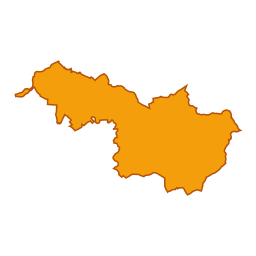 Sintereag, Bistrita-Nasaud, Romania
{"feature_id": "2599482B46871685550444", "entity_name": "Sintereag", "entity_type": "district", "adm_level": 2, "iso_a3": "ROU", "parent_name": "Romania", "parent_adm1": "Bistrita-Nasaud", "projection": "albers", "projection_center": [24.321, 47.167], "detail": "fine", "context": "isolated", "style": "filled", "palette": "amber", "viewbox_px": 256, "rotation_deg": 0, "n_neighbors": 0, "source": "geoboundaries", "source_scale": "gbopen_adm2", "svg_char_len": 5809}
<svg xmlns="http://www.w3.org/2000/svg" viewBox="0 0 256 256"><path d="M145.7,175.3L149.5,174.9L152.4,173.4L152.9,172.8L155.8,172.8L156.9,173.2L157.6,173.6L158.5,174.4L159.5,174.8L164.7,178.1L164.8,186.4L165.2,187.2L165.8,189.0L167.7,192.2L168.4,191.5L169.0,191.2L169.8,191.2L170.4,191.0L171.0,190.7L171.9,189.9L173.8,189.5L175.3,189.5L175.7,188.8L176.4,188.6L176.6,188.3L176.7,187.9L177.2,187.8L177.4,188.2L178.2,188.1L178.3,188.2L178.3,188.4L178.6,188.1L179.9,187.9L181.5,187.9L182.3,187.7L183.3,188.0L184.3,189.5L184.7,190.4L185.8,192.4L187.5,194.8L189.6,193.9L191.5,192.6L192.7,191.5L193.7,191.1L194.8,190.5L195.9,190.2L197.2,189.8L201.3,191.0L202.6,186.3L202.8,185.3L202.7,184.2L203.0,183.0L203.5,182.8L204.0,182.2L204.1,181.7L205.1,180.7L205.8,178.6L206.4,177.9L206.3,177.3L209.4,175.7L212.4,173.8L215.1,172.8L217.6,170.9L218.3,170.5L220.4,168.4L220.9,167.4L221.2,167.1L223.0,165.8L225.1,163.8L225.7,163.5L225.7,163.3L225.2,162.3L225.5,161.8L225.4,161.2L225.5,160.6L225.9,159.5L225.9,158.8L225.7,158.0L225.5,156.4L225.5,155.6L225.9,154.7L226.1,153.6L225.3,152.6L224.8,152.3L224.3,151.1L224.4,150.6L224.7,149.7L224.8,148.9L225.2,148.6L225.7,147.4L226.8,145.6L228.3,144.2L228.6,143.8L228.8,143.3L228.8,142.6L229.1,141.9L229.0,141.0L228.6,140.5L228.7,139.7L229.4,139.9L230.0,139.8L230.3,139.6L230.6,138.8L231.1,138.5L231.2,137.0L230.8,135.1L230.6,134.6L230.5,134.2L231.2,133.0L231.8,132.1L234.2,131.3L235.2,131.5L236.1,131.9L237.6,131.6L238.2,131.4L239.1,130.8L239.7,130.6L239.8,130.7L240.6,130.4L239.7,129.9L238.2,128.5L237.4,126.2L237.4,125.8L236.7,125.3L236.2,124.3L235.3,123.5L234.8,123.3L234.0,120.9L233.4,120.6L233.3,120.0L232.8,119.2L232.3,118.7L232.0,118.0L231.3,117.9L231.5,117.5L231.4,117.1L231.1,116.7L231.3,115.3L230.9,113.3L230.5,112.5L229.8,111.4L229.3,110.9L228.0,110.6L227.0,110.0L225.2,110.3L223.4,111.1L222.5,111.9L221.6,113.7L221.2,113.9L219.5,113.9L217.0,113.4L214.6,113.5L213.7,113.0L213.3,112.9L212.3,113.0L211.5,113.3L210.1,114.2L208.7,114.8L206.9,115.0L206.4,114.7L205.5,114.8L204.0,114.4L202.8,114.4L201.9,114.8L200.9,114.8L199.4,114.1L197.9,113.8L197.4,113.4L197.0,113.5L196.6,112.8L195.8,110.7L196.8,108.1L195.5,107.7L195.5,107.9L192.7,105.9L190.0,105.6L189.7,105.4L189.8,105.3L189.3,104.8L188.8,104.0L188.6,103.3L188.6,101.5L189.1,99.8L186.8,96.3L187.5,95.4L187.6,94.8L188.5,94.6L186.8,92.2L185.2,91.3L184.7,90.5L186.6,85.6L181.6,89.1L177.7,91.3L176.4,92.9L174.2,94.7L173.4,94.9L171.0,94.2L170.9,94.4L170.1,94.8L169.5,95.5L169.0,96.6L167.9,97.4L164.1,97.4L162.1,97.2L161.8,96.6L160.9,96.5L160.4,96.6L160.4,96.9L158.8,97.5L153.1,98.4L153.4,102.2L152.3,102.2L151.3,103.3L149.7,103.7L148.8,104.1L149.6,108.4L145.3,106.1L141.9,104.6L138.3,102.2L137.5,98.9L136.4,97.3L135.6,94.9L134.4,93.1L133.1,92.2L130.0,91.8L127.7,90.9L125.0,89.1L123.9,87.6L123.3,87.0L121.4,86.0L120.1,85.8L117.8,86.0L117.2,85.7L116.2,86.5L115.2,86.7L113.5,86.8L112.4,86.6L111.8,86.3L111.0,84.9L110.1,84.6L108.5,84.6L108.3,84.0L108.5,82.9L108.8,81.4L108.3,79.4L106.8,76.3L105.2,74.5L104.2,74.1L104.0,73.8L103.7,73.9L102.2,74.8L101.6,74.8L99.6,76.2L95.7,79.6L95.0,80.4L92.4,77.8L91.0,77.0L90.2,77.9L90.0,78.3L87.6,77.0L85.3,76.2L83.1,75.0L81.5,74.5L80.3,72.5L79.1,73.3L78.9,72.5L77.4,73.4L76.7,73.1L76.2,72.5L71.6,70.9L71.9,72.1L71.3,72.3L71.1,71.0L71.3,69.6L71.2,68.6L69.3,69.6L69.0,69.2L67.7,69.9L67.0,69.4L66.4,68.8L65.5,69.2L64.6,67.8L64.8,67.7L64.6,67.4L64.2,67.1L63.8,67.6L62.8,66.5L60.5,64.2L58.6,62.6L58.6,62.3L59.0,61.6L58.5,61.2L56.1,62.4L54.2,63.2L52.2,64.3L51.0,65.3L50.4,66.7L49.7,67.6L48.4,67.9L45.4,69.1L44.6,69.7L44.4,70.4L43.9,70.7L41.6,71.6L39.7,71.8L37.3,71.5L36.0,71.9L35.5,72.2L34.8,73.0L34.2,76.6L33.2,76.7L32.5,80.0L33.0,83.2L32.8,85.8L32.5,86.9L31.2,88.1L29.4,89.6L28.3,89.0L27.6,88.8L26.2,88.8L25.6,88.9L24.8,89.2L22.6,92.0L21.1,92.7L19.6,93.0L17.4,94.0L15.4,94.4L15.4,95.1L15.5,95.7L15.9,96.6L16.3,96.4L19.6,96.7L20.2,96.9L22.6,96.7L24.0,95.7L24.8,94.7L25.4,94.2L27.4,93.3L28.4,92.6L29.0,91.5L31.3,90.1L32.9,88.4L33.7,87.1L34.5,87.4L35.7,89.8L36.8,91.8L38.2,93.4L39.8,94.5L40.2,96.1L45.8,99.1L47.7,99.2L47.5,104.4L56.7,105.1L56.4,112.0L55.7,114.3L56.8,118.5L57.1,120.3L56.9,122.6L57.9,123.5L58.2,123.1L58.8,122.8L59.2,122.9L59.3,123.7L60.6,123.4L60.9,122.5L61.5,121.6L62.9,118.4L63.8,116.7L64.7,114.6L65.2,115.1L67.9,116.5L67.9,117.1L69.9,118.6L70.4,119.1L70.8,119.6L71.2,119.9L71.2,120.1L71.0,120.4L69.6,121.8L70.6,123.0L70.4,123.1L72.1,124.8L69.7,126.3L70.6,126.5L72.6,128.1L73.3,128.8L74.9,130.7L79.2,128.7L80.0,128.1L80.4,128.0L81.3,127.4L81.9,126.8L81.9,124.5L83.9,125.6L87.3,122.5L88.8,121.7L90.5,121.1L92.2,123.2L94.2,121.7L91.1,118.2L91.6,118.0L92.2,116.8L94.3,117.3L95.1,118.1L95.3,118.6L95.2,120.2L95.3,120.9L95.8,122.5L97.0,123.3L98.1,123.3L99.0,122.9L99.5,122.2L99.8,121.6L99.8,121.0L99.8,120.3L104.0,119.9L107.5,119.9L107.6,122.4L108.2,122.8L108.7,122.9L108.9,122.6L108.9,122.2L109.7,122.2L110.8,121.6L111.5,120.1L112.0,120.1L112.5,120.2L113.1,120.8L113.3,121.9L113.9,122.7L115.6,123.5L115.8,123.8L116.0,124.7L116.0,125.7L115.1,126.8L114.7,128.1L114.2,128.6L113.6,128.8L113.6,129.2L115.7,129.0L117.6,129.0L117.6,130.3L117.5,130.6L117.2,131.1L116.7,131.6L116.2,132.2L116.2,134.4L116.6,134.7L116.9,135.3L117.0,137.5L115.4,137.7L114.9,138.2L114.3,139.3L113.4,140.4L113.8,141.3L113.8,142.7L113.8,142.9L114.0,143.0L116.9,143.4L117.0,143.7L117.9,145.5L117.8,146.1L119.5,147.5L119.6,147.9L119.0,149.4L119.0,150.7L118.6,151.4L117.6,152.5L115.4,153.8L113.4,156.5L113.1,157.5L113.1,158.2L113.4,158.9L114.0,159.5L114.5,160.3L115.1,160.8L117.1,161.6L117.9,162.2L118.2,163.5L118.3,164.2L118.1,164.9L117.8,165.6L117.3,166.1L115.1,167.2L113.6,168.5L115.2,169.3L116.7,169.6L119.0,172.7L118.7,174.5L121.7,177.2L123.3,175.7L126.1,178.0L127.0,177.3L129.5,176.0L131.8,174.5L133.0,174.2L139.0,174.5L140.1,175.3L143.8,176.6L145.7,175.3Z" fill="#f59e0b" stroke="#b45309" stroke-width="1.5"/></svg>